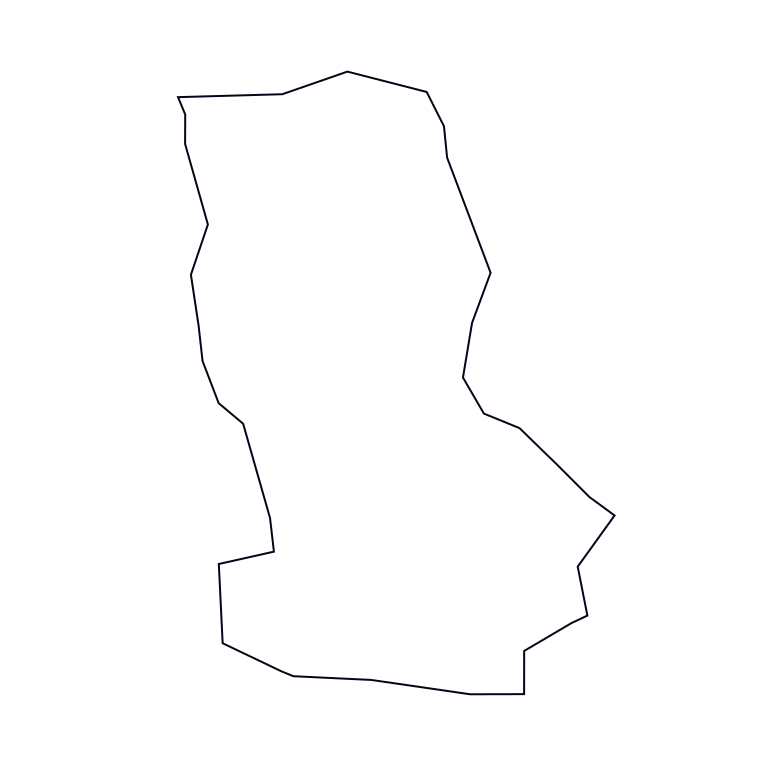 Bayan-O'ndor, Övörhangay, Mongolia (Equal Earth projection), rotated 9°
{"feature_id": "93677404B89129969476905", "entity_name": "Bayan-O'ndor", "entity_type": "district", "adm_level": 2, "iso_a3": "MNG", "parent_name": "Mongolia", "parent_adm1": "Övörhangay", "projection": "equal_earth", "projection_center": [104.264, 46.509], "detail": "fine", "context": "isolated", "style": "outline", "palette": "ink", "viewbox_px": 768, "rotation_deg": 9, "n_neighbors": 0, "source": "geoboundaries", "source_scale": "gbopen_adm2", "svg_char_len": 629}
<svg xmlns="http://www.w3.org/2000/svg" viewBox="0 0 768 768"><g transform="rotate(9 384 384)"><path d="M380.5,88.9L298.9,81.2L238.2,113.7L135.7,132.9L145.5,148.9L150.0,178.0L185.1,254.0L176.2,306.3L191.7,355.2L201.2,389.7L223.7,428.8L251.1,445.3L292.4,534.2L301.5,566.8L249.0,587.6L265.2,665.3L327.5,683.8L340.1,686.8L417.6,678.3L517.5,677.0L570.9,668.4L564.2,625.7L606.7,590.7L621.1,580.9L603.9,534.1L632.2,478.0L632.3,477.8L604.7,463.6L574.2,441.4L566.2,435.6L554.9,427.7L524.8,406.4L487.3,397.6L461.0,365.3L461.4,309.9L471.9,257.5L410.9,150.5L402.9,120.0L380.5,88.9Z" fill="none" stroke="#020617" stroke-width="2"/></g></svg>